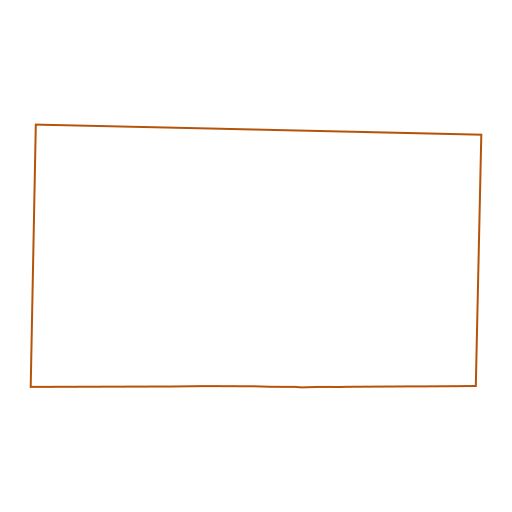 outline of Ozark, Missouri, United States of America
{"feature_id": "52423323B58734474241288", "entity_name": "Ozark", "entity_type": "district", "adm_level": 2, "iso_a3": "USA", "parent_name": "United States of America", "parent_adm1": "Missouri", "projection": "mercator", "projection_center": [-92.375, 36.652], "detail": "fine", "context": "isolated", "style": "outline", "palette": "amber", "viewbox_px": 512, "rotation_deg": 0, "n_neighbors": 0, "source": "geoboundaries", "source_scale": "gbopen_adm2", "svg_char_len": 376}
<svg xmlns="http://www.w3.org/2000/svg" viewBox="0 0 512 512"><path d="M35.8,124.6L30.7,386.9L172.8,386.5L196.8,386.2L205.1,386.1L254.8,386.3L271.0,386.8L295.2,386.9L301.9,387.4L318.8,386.9L340.6,387.0L346.7,386.8L410.2,386.4L411.8,386.4L413.6,386.4L421.9,386.4L455.4,386.2L463.9,386.1L475.8,386.0L481.3,134.7L35.8,124.6Z" fill="none" stroke="#b45309" stroke-width="2"/></svg>